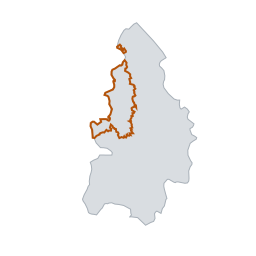 Hainaut on a map of Belgium (Equal Earth projection), rotated 73°
{"feature_id": "BEL-2", "entity_name": "Hainaut", "entity_type": "Province", "adm_level": 1, "iso_a3": "BEL", "parent_name": "Belgium", "parent_adm1": "", "projection": "equal_earth", "projection_center": [3.881, 50.373], "detail": "medium", "context": "in_parent", "style": "outline", "palette": "amber", "viewbox_px": 256, "rotation_deg": 73, "n_neighbors": 0, "source": "natural_earth", "source_scale": "10m", "svg_char_len": 3822}
<svg xmlns="http://www.w3.org/2000/svg" viewBox="0 0 256 256"><g transform="rotate(73 128 128)"><path d="M116.4,70.4L120.4,72.0L123.9,72.4L125.5,71.7L124.5,67.8L127.3,65.7L130.5,64.7L131.9,66.4L134.8,68.1L137.1,68.1L143.3,63.7L144.7,64.6L146.1,66.2L146.4,67.4L146.6,68.8L148.0,69.3L152.9,69.0L155.3,66.6L157.3,65.1L158.7,66.1L159.4,69.1L160.8,73.0L166.7,77.3L171.6,78.6L177.6,77.7L180.0,76.9L181.6,77.6L183.3,79.9L186.8,82.5L194.1,84.4L196.4,85.4L197.9,87.2L197.5,89.7L194.1,96.0L193.7,97.9L194.1,98.5L193.5,99.7L189.0,103.9L188.6,105.4L190.1,107.8L191.4,109.8L194.1,110.8L196.7,111.1L201.6,111.3L206.8,111.4L207.4,112.6L213.2,116.0L215.1,118.7L219.3,121.4L215.9,124.7L216.4,126.2L217.7,127.7L222.4,128.6L224.8,130.8L225.0,134.1L226.1,139.6L216.5,145.0L213.8,151.1L213.6,152.3L213.3,152.1L212.2,150.1L210.4,150.2L206.4,149.3L200.8,154.8L198.3,159.4L196.9,162.8L194.7,165.5L194.2,168.4L194.5,169.6L193.8,171.1L193.8,172.8L197.0,176.0L197.9,177.8L201.9,183.5L200.7,185.6L199.7,187.9L198.6,189.5L197.3,190.5L193.2,190.4L188.0,191.2L184.6,192.3L182.8,192.3L179.0,189.4L174.8,185.1L172.1,183.1L170.9,181.3L167.6,180.6L162.9,178.5L159.6,176.2L156.8,174.7L152.9,174.0L149.7,174.1L148.7,170.2L148.3,165.8L145.6,162.9L149.2,151.4L147.0,150.2L144.7,151.2L141.3,153.9L139.7,157.2L138.7,160.1L133.0,162.8L124.0,163.8L114.1,162.8L112.7,162.1L112.1,161.2L112.0,160.2L112.7,158.7L114.4,156.8L114.9,154.1L113.1,151.8L111.9,150.8L112.4,148.6L113.7,145.8L113.9,144.1L107.3,139.3L102.4,138.3L97.7,138.1L94.2,137.6L92.1,137.8L90.6,139.2L89.1,140.3L88.0,139.0L85.9,130.4L84.3,129.1L78.2,127.7L70.0,127.2L67.8,125.6L66.6,121.7L65.9,117.1L63.2,112.6L61.8,111.5L59.4,109.5L55.1,110.3L49.9,112.9L46.9,113.6L45.7,113.9L41.6,111.4L37.1,107.5L33.4,103.3L32.5,101.0L33.7,98.2L32.4,96.0L30.4,92.1L29.9,89.0L52.1,78.2L65.6,72.6L71.9,71.0L73.4,76.5L74.6,78.3L76.1,79.4L78.1,79.7L80.4,78.3L83.6,76.9L88.8,77.5L92.5,78.9L93.9,80.3L96.3,81.6L100.0,81.9L107.0,79.4L113.7,75.5L115.7,72.8L116.4,70.4Z" fill="#d9dde1" stroke="#a8b0b8" stroke-width="1"/><path d="M72.3,128.3L69.2,127.2L67.7,125.9L67.4,123.1L65.6,117.6L66.3,116.5L65.8,114.9L63.6,113.7L62.2,111.4L65.1,110.3L67.2,111.3L69.4,111.0L70.5,112.3L70.4,113.2L72.5,114.1L75.0,111.6L77.3,110.2L79.2,110.9L81.2,110.4L81.5,112.4L84.9,112.5L86.3,113.3L88.4,110.0L89.9,109.4L90.4,110.2L92.6,109.5L93.5,111.5L95.5,111.3L96.2,111.9L99.1,111.4L99.6,112.5L99.3,113.5L99.5,114.3L101.3,115.3L104.4,115.4L105.4,114.7L106.4,115.0L107.6,114.5L108.0,114.9L108.7,113.8L110.7,114.2L109.8,114.5L109.6,115.3L109.6,117.7L110.1,118.8L112.2,119.0L114.4,117.0L115.4,118.1L115.1,119.4L117.9,120.0L117.6,121.3L119.2,121.6L120.5,123.2L122.0,123.1L121.9,124.8L123.2,123.6L126.1,123.4L126.6,123.8L128.9,123.8L129.0,125.7L130.7,125.0L130.7,125.6L131.4,125.9L134.5,124.8L133.6,128.0L135.4,127.7L135.0,128.3L135.7,129.0L135.0,130.5L134.3,130.6L134.8,131.0L134.3,131.4L136.5,132.5L135.8,133.9L134.9,134.1L136.0,135.1L134.8,136.8L135.1,139.2L131.6,139.7L130.7,138.7L129.3,138.8L128.2,140.3L125.4,139.9L125.0,141.1L124.1,141.1L123.4,142.1L121.7,142.2L119.7,143.4L122.4,145.2L123.7,144.3L125.5,145.0L124.9,147.1L125.3,148.0L123.5,149.2L125.4,152.0L124.8,153.1L124.8,155.7L125.1,156.8L125.9,157.0L126.3,160.4L127.8,162.9L127.0,164.6L119.3,162.8L115.3,163.3L111.8,161.9L112.2,161.9L111.6,159.9L112.1,158.6L115.8,156.3L114.3,151.9L111.5,151.9L113.1,146.3L115.3,144.5L115.4,143.8L114.5,142.9L113.3,142.4L112.7,142.6L112.4,143.8L111.4,143.5L110.0,141.0L105.2,137.8L99.7,139.0L96.8,137.7L92.4,137.6L91.3,138.2L89.5,140.8L87.7,139.4L86.8,131.2L84.9,129.2L82.7,128.5L79.4,128.5L78.7,128.1L79.3,126.9L78.2,126.4L75.8,127.5L72.3,128.3ZM48.1,114.9L47.1,114.7L45.9,111.4L47.6,110.6L48.3,111.2L49.7,110.9L50.0,110.3L51.9,109.7L50.9,108.4L53.9,107.5L54.7,107.9L55.1,110.3L51.3,111.5L48.1,114.9Z" fill="none" stroke="#b45309" stroke-width="2"/></g></svg>